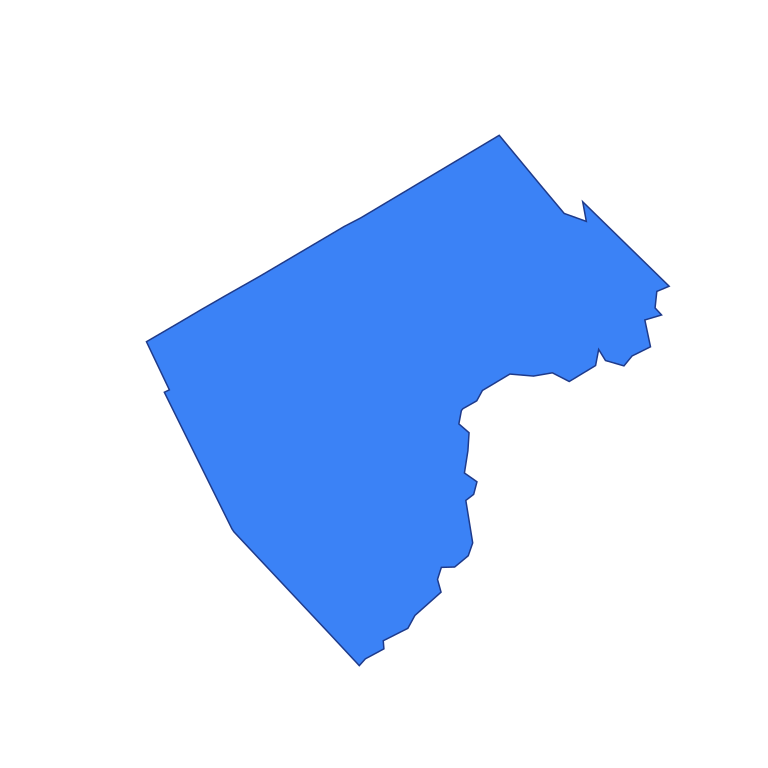 outline of Travis, Texas, United States of America, rotated 110°
{"feature_id": "52423323B39349585413380", "entity_name": "Travis", "entity_type": "district", "adm_level": 2, "iso_a3": "USA", "parent_name": "United States of America", "parent_adm1": "Texas", "projection": "mercator", "projection_center": [-97.765, 30.326], "detail": "fine", "context": "isolated", "style": "filled", "palette": "blue", "viewbox_px": 768, "rotation_deg": 110, "n_neighbors": 0, "source": "geoboundaries", "source_scale": "gbopen_adm2", "svg_char_len": 855}
<svg xmlns="http://www.w3.org/2000/svg" viewBox="0 0 768 768"><g transform="rotate(110 384 384)"><path d="M110.9,360.8L236.0,462.8L249.6,475.3L325.6,537.9L355.6,563.5L377.1,581.6L397.4,598.3L425.5,621.7L462.9,583.7L466.9,587.6L572.1,477.4L574.3,474.4L577.7,467.7L636.3,351.7L657.1,310.9L648.6,307.5L632.9,293.5L625.5,296.9L605.4,278.0L590.9,275.8L560.1,259.2L549.3,266.9L536.7,267.4L531.8,255.0L516.6,246.1L503.0,246.3L465.4,267.3L457.0,262.0L444.1,263.2L440.1,278.0L418.1,282.3L400.7,287.4L395.9,300.0L382.5,302.2L380.2,301.4L368.1,291.1L356.4,289.3L331.6,269.1L325.4,246.2L315.9,229.6L318.3,210.8L294.3,191.5L278.1,194.1L286.2,183.9L284.9,164.7L272.8,160.5L257.9,146.3L234.6,160.8L224.2,146.8L219.8,155.3L203.7,159.3L194.6,149.5L144.8,259.6L162.0,249.5L162.1,273.0L143.2,305.7L110.9,360.8Z" fill="#3b82f6" stroke="#1e3a8a" stroke-width="1.5"/></g></svg>